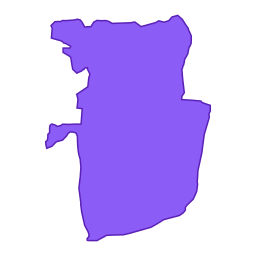 Maghrib Ans, Dhamar, Yemen
{"feature_id": "15242507B95174628891381", "entity_name": "Maghrib Ans", "entity_type": "district", "adm_level": 2, "iso_a3": "YEM", "parent_name": "Yemen", "parent_adm1": "Dhamar", "projection": "albers", "projection_center": [44.109, 14.465], "detail": "fine", "context": "isolated", "style": "filled", "palette": "violet", "viewbox_px": 256, "rotation_deg": 0, "n_neighbors": 0, "source": "geoboundaries", "source_scale": "gbopen_adm2", "svg_char_len": 2709}
<svg xmlns="http://www.w3.org/2000/svg" viewBox="0 0 256 256"><path d="M179.4,215.5L183.4,212.7L185.4,210.0L185.3,207.6L186.2,206.2L187.3,204.8L193.1,199.3L195.2,194.9L196.7,191.3L197.6,184.2L197.2,181.6L197.5,178.2L197.9,170.7L201.8,152.9L204.2,134.7L205.8,129.2L208.2,121.1L209.3,117.2L209.0,114.1L209.1,113.6L210.3,111.0L210.3,106.3L210.2,105.3L206.7,104.2L202.0,102.5L200.9,101.1L199.2,100.9L192.6,100.3L181.7,99.6L181.8,97.4L181.9,96.4L184.3,92.7L182.6,78.4L182.6,78.1L182.1,72.3L181.9,69.1L182.6,67.9L182.7,66.5L183.6,65.0L184.4,61.5L184.5,59.8L185.3,58.3L186.2,56.8L187.7,54.0L189.0,47.7L189.0,47.3L189.9,46.5L190.1,45.6L191.1,43.6L191.3,39.1L191.2,35.7L188.2,29.1L188.2,28.4L185.0,23.7L184.1,22.2L183.2,20.8L182.4,19.5L178.1,15.7L177.7,15.4L172.0,17.0L168.9,20.6L167.2,21.2L165.3,21.8L164.2,22.2L158.7,20.8L157.5,21.6L157.2,21.7L155.6,22.6L148.5,24.6L141.0,26.6L140.8,26.4L135.8,22.7L134.8,22.0L130.2,22.8L121.1,23.1L111.9,23.4L110.2,22.2L109.4,21.8L108.0,21.1L105.3,20.5L101.5,20.7L100.7,20.7L96.9,20.4L93.7,22.2L90.9,26.7L90.4,26.7L87.4,26.7L84.8,27.1L81.9,22.0L80.3,20.0L77.5,19.2L74.2,20.0L66.1,20.6L62.6,20.5L60.7,21.5L58.3,21.5L54.9,21.7L53.6,23.0L51.0,25.6L52.2,28.2L51.4,38.1L61.0,40.8L63.0,42.0L63.2,42.4L63.5,42.9L65.9,43.6L68.6,45.1L69.5,45.5L70.7,46.5L69.8,48.1L67.2,48.1L63.1,48.1L63.1,48.5L63.1,52.4L69.5,56.2L70.8,57.5L71.4,61.5L71.5,62.0L72.1,65.9L72.7,69.0L72.8,69.4L75.0,71.4L76.9,73.2L77.9,72.6L81.6,71.0L83.0,69.6L84.0,69.5L84.1,68.8L84.3,68.4L84.6,68.1L85.3,68.0L87.5,67.7L87.5,69.2L87.5,69.4L87.9,70.0L89.0,72.3L89.8,73.9L89.7,74.5L89.5,75.5L88.8,77.8L87.8,86.8L76.7,94.3L76.8,94.4L78.0,99.5L77.9,100.2L77.7,102.0L77.5,103.9L77.4,104.9L77.0,108.0L82.2,108.7L81.3,120.9L81.0,124.2L75.5,124.1L69.0,124.4L62.7,124.2L60.4,125.7L57.0,126.4L55.8,125.3L51.9,124.0L51.2,124.4L50.1,125.3L49.9,126.2L49.6,128.2L49.6,131.3L49.6,132.5L49.2,133.0L47.9,134.3L47.8,137.2L47.6,138.4L47.6,138.7L47.5,139.6L47.4,140.3L45.7,141.6L45.7,142.0L45.8,143.1L45.8,143.7L45.8,144.3L46.6,147.6L46.8,148.3L47.5,148.0L51.9,146.3L56.4,141.7L56.9,141.6L57.6,141.4L58.1,141.3L62.6,140.1L63.6,139.0L66.4,136.2L67.9,133.7L69.9,132.0L73.2,132.1L75.2,132.7L76.2,133.3L76.5,134.0L77.4,136.4L77.5,140.4L77.5,141.4L77.6,143.7L77.7,145.9L78.3,151.6L78.8,154.3L79.4,156.7L80.2,159.3L80.9,167.3L80.2,177.5L79.8,180.0L79.6,181.9L78.9,188.1L80.9,203.3L80.7,204.3L81.7,212.1L84.7,225.4L88.2,232.0L88.6,233.4L89.0,234.7L88.8,236.7L87.1,238.7L87.3,240.4L89.4,240.6L97.1,240.6L97.7,240.2L100.4,238.7L106.0,235.7L106.5,235.4L110.7,235.1L123.3,234.8L129.7,233.3L145.2,228.9L150.9,227.3L156.9,223.9L163.6,219.7L170.9,217.7L171.1,217.7L173.3,217.1L175.7,216.5L179.4,215.5Z" fill="#8b5cf6" stroke="#5b21b6" stroke-width="1.5"/></svg>